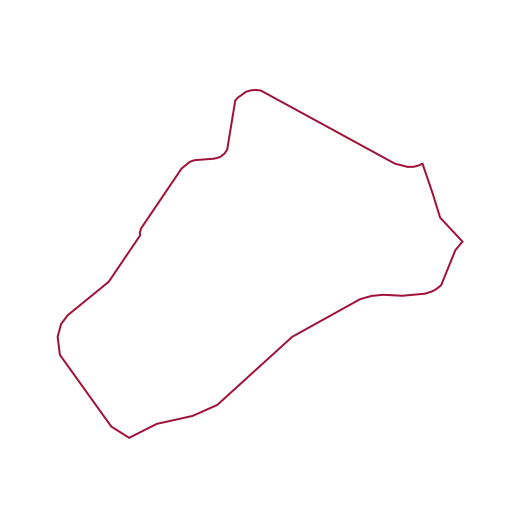 outline of Islington, rotated 263°
{"feature_id": "GBR-2071", "entity_name": "Islington", "entity_type": "London Borough", "adm_level": 1, "iso_a3": "GBR", "parent_name": "United Kingdom", "parent_adm1": "", "projection": "albers", "projection_center": [-0.097, 51.547], "detail": "fine", "context": "isolated", "style": "outline", "palette": "rose", "viewbox_px": 512, "rotation_deg": 263, "n_neighbors": 0, "source": "natural_earth", "source_scale": "10m", "svg_char_len": 712}
<svg xmlns="http://www.w3.org/2000/svg" viewBox="0 0 512 512"><g transform="rotate(263 256 256)"><path d="M245.1,462.7L237.5,454.6L204.3,436.1L200.8,430.2L199.2,425.7L198.0,419.0L198.7,396.4L202.0,377.5L202.3,365.8L200.5,354.1L171.4,282.1L112.9,199.4L105.0,173.5L101.5,137.2L91.0,107.9L104.3,91.6L181.8,49.3L200.1,49.3L212.3,54.3L220.3,62.1L248.3,106.6L290.6,143.5L293.3,143.5L297.4,145.3L351.8,192.7L357.5,201.7L358.6,206.6L357.7,226.0L358.1,229.6L358.9,233.0L361.6,237.3L365.2,240.4L413.0,254.4L415.6,257.6L420.2,266.1L421.0,270.9L420.9,276.0L419.6,281.0L330.8,405.0L326.0,417.2L325.3,423.0L326.0,428.4L327.3,432.5L296.9,438.9L271.7,443.4L245.1,462.7Z" fill="none" stroke="#9f1239" stroke-width="2"/></g></svg>